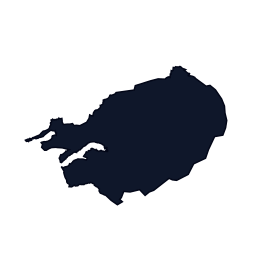 Sunndal nor, Møre og Romsdal, Norway, rotated 292°
{"feature_id": "86288312B1434706694830", "entity_name": "Sunndal nor", "entity_type": "district", "adm_level": 2, "iso_a3": "NOR", "parent_name": "Norway", "parent_adm1": "Møre og Romsdal", "projection": "orthographic", "projection_center": [8.529, 62.636], "detail": "fine", "context": "isolated", "style": "filled", "palette": "ink", "viewbox_px": 256, "rotation_deg": 292, "n_neighbors": 0, "source": "geoboundaries", "source_scale": "gbopen_adm2", "svg_char_len": 5424}
<svg xmlns="http://www.w3.org/2000/svg" viewBox="0 0 256 256"><g transform="rotate(292 128 128)"><path d="M112.1,63.1L111.2,61.7L110.9,60.6L111.2,60.2L109.8,59.9L109.6,59.3L109.7,58.9L109.3,58.5L109.0,58.6L108.7,58.4L108.5,57.9L108.5,57.1L107.8,56.7L107.7,55.5L108.0,54.8L107.2,54.4L106.6,53.7L105.1,54.8L104.6,54.8L103.9,54.2L103.2,54.4L102.8,54.9L102.3,55.2L100.2,55.0L98.7,55.2L97.2,54.8L94.8,52.7L93.5,51.1L93.4,50.6L90.2,49.2L88.9,48.9L87.9,48.2L87.5,47.6L86.9,47.2L86.6,46.7L84.0,44.2L83.3,43.2L82.0,42.9L82.1,43.0L82.1,43.3L82.8,44.0L82.7,44.2L83.1,44.3L83.5,44.9L83.5,45.6L83.4,45.9L83.7,46.5L83.7,46.9L84.2,47.2L84.6,48.2L85.3,48.8L86.1,49.0L86.2,49.6L86.4,49.8L86.7,50.6L87.5,51.4L88.2,52.4L90.3,53.2L96.6,56.9L97.0,57.5L97.2,58.2L97.3,59.6L97.7,60.3L97.8,61.0L97.7,61.4L97.1,62.3L96.8,62.3L96.6,62.5L97.0,62.4L96.7,62.7L96.5,62.4L96.8,63.0L96.7,63.4L96.0,63.8L95.6,63.7L94.3,64.3L94.3,63.4L94.1,62.9L93.6,62.5L93.5,62.1L93.0,61.8L92.5,60.9L91.8,60.8L90.4,61.3L88.5,60.9L85.8,58.8L85.7,58.6L85.4,58.3L85.3,57.9L84.6,57.3L83.9,55.3L82.2,53.0L81.9,52.9L80.9,54.9L77.7,55.2L76.1,59.0L76.8,60.6L79.2,62.4L81.2,64.4L83.0,68.2L83.3,69.3L83.4,69.8L85.0,74.5L85.9,81.5L84.8,80.5L83.3,79.7L83.2,79.0L82.0,78.9L78.7,77.0L78.1,75.7L76.2,75.6L74.9,75.9L74.4,75.5L73.9,75.8L73.0,76.9L71.0,78.1L70.9,79.0L71.4,79.1L71.4,79.3L72.1,79.9L73.0,80.0L74.2,80.8L75.5,81.3L76.1,81.9L77.2,81.9L78.0,82.5L79.2,82.6L81.2,84.5L82.0,84.7L82.5,85.0L82.7,85.6L84.0,86.0L85.5,87.3L86.0,87.9L85.8,88.3L86.5,88.9L86.3,89.4L86.8,89.3L86.9,89.6L87.8,89.8L88.1,90.4L89.1,90.7L89.5,91.1L89.8,91.8L91.2,92.2L91.6,92.6L93.4,93.1L95.4,94.7L96.4,95.1L96.5,95.3L96.4,95.4L97.4,95.7L98.0,96.0L98.2,96.4L99.0,96.4L99.6,97.2L100.7,98.1L102.0,100.4L102.7,102.0L102.7,104.1L103.0,104.7L102.9,105.4L103.3,106.0L103.4,108.0L103.6,108.5L103.4,109.0L103.6,109.3L103.2,110.3L103.0,111.2L103.0,111.9L102.8,112.6L101.5,113.2L101.5,113.4L101.1,113.5L100.3,114.2L101.2,114.8L101.3,115.0L100.9,115.0L101.5,115.5L100.8,115.8L101.8,115.5L102.1,115.9L102.6,115.9L102.2,115.9L101.6,115.7L101.2,116.0L100.4,115.9L100.1,116.1L100.6,116.0L100.4,116.2L100.6,116.2L100.4,116.3L99.5,116.1L100.1,116.8L100.6,116.8L100.1,116.8L99.5,116.5L99.8,117.1L99.8,117.3L99.6,116.9L99.6,117.1L99.6,116.8L99.5,116.5L99.3,116.4L99.3,116.7L99.4,117.0L99.1,116.5L99.0,116.3L98.8,116.2L98.7,115.9L98.4,115.5L98.8,116.3L99.0,116.3L99.1,116.6L99.6,117.4L99.5,117.5L98.9,116.4L98.9,116.8L99.4,117.5L99.2,117.7L98.7,117.0L98.4,117.3L98.2,116.8L98.0,115.6L97.3,114.9L97.3,113.8L96.9,113.5L96.9,113.2L97.2,111.9L97.1,111.6L96.8,111.5L96.9,111.2L96.4,111.0L96.3,110.8L96.3,110.5L95.6,110.1L95.3,109.6L95.4,109.2L95.7,108.2L95.4,108.0L95.4,107.8L95.9,106.9L95.4,107.0L95.3,106.7L95.6,105.4L95.4,104.8L95.7,102.8L95.4,101.9L94.8,101.5L94.3,101.9L93.5,101.7L92.4,100.6L92.2,100.0L92.5,99.4L91.9,99.9L90.8,99.7L90.1,99.1L90.1,98.7L90.3,98.3L90.2,98.2L88.2,98.3L87.6,98.0L85.1,97.4L85.0,97.6L85.0,99.2L85.1,100.1L85.0,100.4L85.1,100.7L84.9,101.3L84.1,101.6L82.7,101.3L82.3,98.0L81.7,96.3L81.1,95.1L80.7,93.6L80.2,92.7L79.3,92.2L78.8,91.3L78.1,90.7L77.8,90.2L77.3,90.1L76.5,89.5L75.2,89.3L73.2,88.2L72.8,87.7L72.9,87.2L71.3,87.2L70.4,87.0L69.7,86.0L68.8,85.2L68.5,84.2L67.9,84.0L67.2,83.2L66.9,81.5L67.1,81.2L67.2,80.6L64.1,84.7L63.4,85.2L62.8,85.1L62.3,85.4L60.8,86.5L58.5,88.4L56.9,90.5L54.9,91.6L54.2,92.6L53.7,95.0L51.5,95.3L52.3,97.7L52.9,98.3L54.9,99.6L54.5,100.8L55.7,103.1L57.1,103.6L57.8,104.7L58.3,106.5L58.9,107.5L59.0,108.3L60.1,108.9L61.3,110.8L61.9,111.4L62.4,112.0L62.6,113.1L63.4,113.3L63.6,113.7L63.5,114.2L63.9,115.1L63.5,115.4L63.4,116.1L63.5,116.7L63.1,118.1L62.8,118.3L62.2,118.4L62.2,119.4L61.8,120.3L61.8,122.2L61.1,123.2L60.7,124.3L58.8,124.8L57.3,126.7L57.3,129.6L57.1,131.3L57.4,132.3L54.6,139.5L52.9,146.9L57.5,150.4L58.7,147.0L60.9,147.9L67.6,147.8L69.5,153.9L75.2,161.9L71.9,169.1L76.7,171.7L79.9,175.2L96.7,184.9L96.6,188.6L97.7,192.7L107.6,201.2L119.4,202.3L129.0,211.2L138.1,210.7L152.5,211.5L156.9,218.6L164.7,218.4L172.0,216.7L178.2,212.3L184.5,209.2L190.0,203.9L196.1,194.8L198.2,188.1L196.0,184.7L199.4,171.3L199.9,171.1L200.1,169.0L200.0,167.9L199.7,166.2L199.1,164.9L199.1,164.3L199.5,164.0L200.7,164.8L201.5,164.7L201.6,164.3L201.4,163.8L201.2,163.4L201.3,162.5L201.6,161.7L202.6,158.4L203.7,159.5L203.8,158.3L203.6,157.2L203.8,155.5L204.4,154.2L204.5,153.2L204.3,152.8L203.9,152.6L203.5,152.0L202.7,149.9L202.7,149.3L201.4,148.6L201.1,147.3L198.2,148.1L197.4,147.5L197.4,146.6L193.9,147.6L193.8,147.1L190.9,148.0L191.0,147.6L190.9,147.2L190.3,146.8L190.5,146.3L190.0,145.9L189.9,145.6L189.0,145.1L189.0,144.9L187.1,143.9L184.8,137.5L180.2,131.3L170.0,118.9L165.5,119.5L156.4,103.7L154.5,103.1L152.0,100.4L152.1,100.2L152.0,99.5L151.6,99.0L149.6,99.0L148.3,98.6L147.4,97.9L146.4,96.9L145.6,95.6L144.6,94.6L144.2,94.8L143.8,95.5L143.5,95.6L142.6,95.1L141.5,95.7L140.5,95.6L138.9,94.4L138.6,93.8L137.5,94.4L136.6,94.7L133.6,93.2L132.9,92.4L132.8,91.7L131.7,90.8L129.4,90.3L126.0,90.9L125.7,89.2L125.8,87.6L122.4,88.3L117.6,87.5L116.9,86.7L112.1,82.5L111.2,79.2L110.0,77.0L111.3,74.9L109.7,72.5L108.9,70.4L107.0,66.8L108.9,64.6L109.7,64.4L112.1,63.1ZM78.3,37.4L78.0,37.6L77.9,38.1L77.8,38.3L77.9,38.5L77.6,39.0L78.0,39.6L78.3,40.4L78.7,40.8L78.5,41.0L79.3,41.2L79.7,42.1L80.6,43.2L81.1,43.2L81.8,42.6L82.0,42.8L81.8,42.6L81.9,42.2L81.3,41.5L81.6,40.9L80.3,40.3L80.1,39.9L80.3,39.6L79.8,38.9L79.2,38.5L78.3,37.4Z" fill="#0f172a" stroke="#020617" stroke-width="1.5"/></g></svg>